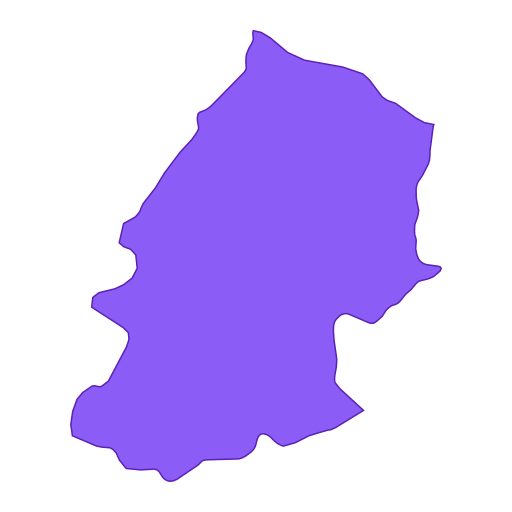 map outline of Campobasso (Mercator projection)
{"feature_id": "ITA-5401", "entity_name": "Campobasso", "entity_type": "Province", "adm_level": 1, "iso_a3": "ITA", "parent_name": "Italy", "parent_adm1": "", "projection": "mercator", "projection_center": [14.809, 41.724], "detail": "fine", "context": "isolated", "style": "filled", "palette": "violet", "viewbox_px": 512, "rotation_deg": 0, "n_neighbors": 0, "source": "natural_earth", "source_scale": "10m", "svg_char_len": 2331}
<svg xmlns="http://www.w3.org/2000/svg" viewBox="0 0 512 512"><path d="M253.3,30.7L261.2,32.4L270.6,38.1L287.5,52.4L304.5,60.2L342.9,67.1L362.7,73.8L369.2,79.7L382.1,96.8L387.2,100.4L395.7,103.4L415.3,117.7L424.3,122.6L433.9,124.6L433.2,126.5L430.0,150.9L430.0,154.4L429.5,160.0L428.4,163.9L422.4,175.5L417.8,182.3L416.7,185.4L416.1,189.3L416.2,196.4L416.6,200.3L418.7,210.3L418.3,213.4L417.3,217.7L414.8,224.6L414.5,231.3L414.8,235.1L415.7,237.7L416.2,240.4L415.7,248.8L416.7,254.4L418.3,258.4L419.4,260.3L420.8,261.7L422.6,263.0L424.6,264.0L427.0,264.7L438.0,266.2L440.3,266.9L441.2,268.4L440.3,270.8L434.4,275.9L432.1,277.3L428.0,278.9L419.2,281.1L417.4,282.3L415.5,284.2L411.1,289.6L405.6,294.3L399.6,301.7L397.7,303.3L395.8,304.3L391.6,305.7L389.1,307.4L386.2,310.1L382.2,316.4L376.6,321.3L374.1,323.0L371.6,323.3L369.5,323.0L348.2,313.9L345.8,313.6L343.6,313.8L341.6,314.6L339.8,315.7L336.8,318.6L335.4,320.4L334.3,322.7L333.6,325.8L333.4,330.9L334.0,339.8L336.7,358.9L336.7,361.6L336.3,367.1L334.9,375.0L334.6,377.8L334.6,380.3L334.9,382.5L340.2,389.0L363.5,410.4L335.7,427.5L330.9,429.7L327.3,430.2L309.3,435.6L295.3,442.7L283.5,446.1L281.3,445.4L277.4,443.4L274.2,440.8L271.2,437.7L269.4,436.2L267.2,434.8L263.4,433.7L261.0,434.1L259.2,435.4L258.1,437.1L257.2,439.3L255.3,446.5L253.7,449.2L251.1,452.0L245.4,456.2L242.0,457.9L238.8,458.9L207.1,459.8L203.8,460.3L201.9,461.1L198.2,464.9L176.8,479.4L173.1,480.9L169.8,481.3L167.4,480.7L165.4,479.7L163.8,478.5L162.4,476.9L159.1,471.6L157.2,470.0L154.6,469.1L140.5,469.9L134.7,469.3L126.2,468.5L119.4,460.1L116.2,452.9L113.0,449.5L110.1,447.8L101.7,447.1L96.7,446.1L72.4,435.8L70.8,424.5L72.7,411.3L77.0,399.4L82.6,392.6L92.2,386.0L94.5,385.8L99.3,386.7L101.3,386.5L108.4,381.1L126.6,346.7L129.0,339.4L128.3,332.6L122.8,327.3L91.7,307.2L92.8,297.4L98.9,292.7L114.9,288.8L123.8,284.6L132.2,278.0L137.2,268.3L135.8,254.9L130.6,249.3L123.7,246.7L119.2,242.8L123.6,223.5L135.1,217.1L137.4,214.7L139.9,211.4L141.2,207.8L143.3,203.4L155.4,187.9L164.6,172.8L180.2,152.1L192.1,139.2L196.8,132.5L198.7,128.5L198.4,126.1L197.5,121.0L197.3,118.1L198.0,114.0L199.6,112.3L205.8,109.9L210.6,106.5L244.3,72.2L246.2,69.0L246.2,66.6L245.9,61.7L246.1,56.6L246.6,54.0L249.0,48.1L251.6,43.7L252.8,41.0L253.3,39.0L252.8,32.7L253.3,30.7Z" fill="#8b5cf6" stroke="#5b21b6" stroke-width="1.5"/></svg>